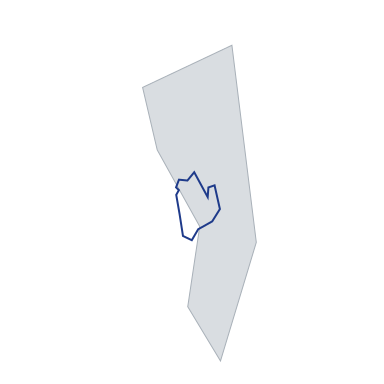 location of Grand'Anse within Seychelles, rotated 18°
{"feature_id": "SYC-5210", "entity_name": "Grand'Anse", "entity_type": "state/province", "adm_level": 1, "iso_a3": "SYC", "parent_name": "Seychelles", "parent_adm1": "", "projection": "equal_earth", "projection_center": [55.469, -4.682], "detail": "fine", "context": "in_parent", "style": "outline", "palette": "blue", "viewbox_px": 384, "rotation_deg": 18, "n_neighbors": 0, "source": "natural_earth", "source_scale": "10m", "svg_char_len": 514}
<svg xmlns="http://www.w3.org/2000/svg" viewBox="0 0 384 384"><g transform="rotate(18 192 192)"><path d="M268.7,220.0L271.3,343.9L223.4,302.4L210.0,222.4L145.9,162.7L112.7,107.8L184.6,40.1L268.7,220.0Z" fill="#d9dde1" stroke="#a8b0b8" stroke-width="1"/><path d="M206.7,237.9L197.0,236.6L187.2,217.2L177.9,199.6L178.9,194.3L175.4,192.5L175.8,184.3L184.1,182.5L188.0,172.5L208.5,192.0L206.2,182.6L211.4,178.7L223.8,199.6L220.3,213.7L209.4,225.5L206.7,237.9Z" fill="none" stroke="#1e3a8a" stroke-width="2"/></g></svg>